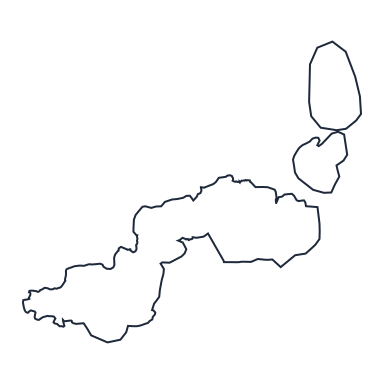 Kadavu, Fiji
{"feature_id": "14151628B61046117406534", "entity_name": "Kadavu", "entity_type": "district", "adm_level": 2, "iso_a3": "FJI", "parent_name": "Fiji", "parent_adm1": "", "projection": "natural_earth1", "projection_center": [178.202, -18.951], "detail": "fine", "context": "isolated", "style": "outline", "palette": "slate", "viewbox_px": 384, "rotation_deg": 0, "n_neighbors": 0, "source": "geoboundaries", "source_scale": "gbopen_adm2", "svg_char_len": 4493}
<svg xmlns="http://www.w3.org/2000/svg" viewBox="0 0 384 384"><path d="M234.4,181.6L232.6,180.7L233.1,179.6L233.0,178.4L232.8,177.6L232.3,177.1L231.9,176.0L230.6,175.5L229.7,175.2L228.7,175.5L227.6,175.5L227.0,175.8L226.2,176.7L224.0,177.1L218.8,177.8L216.0,181.9L213.4,184.0L204.7,187.4L204.3,187.7L200.9,187.2L200.9,188.2L201.4,189.5L201.3,191.2L200.4,193.1L197.8,194.2L196.9,196.6L194.0,199.8L193.3,200.5L191.7,198.1L189.8,195.7L186.3,195.9L183.2,197.8L177.3,199.0L172.0,199.5L164.9,201.9L161.2,206.3L156.1,206.5L151.3,207.9L145.3,206.3L142.4,206.8L138.2,211.8L135.6,215.0L133.9,219.7L133.5,228.0L133.4,231.7L136.3,235.1L137.2,235.3L136.9,235.8L136.9,236.3L137.4,238.5L137.0,241.0L137.2,241.6L137.4,242.7L137.0,244.0L136.2,244.8L136.1,245.9L136.4,246.2L136.4,247.3L136.5,249.2L135.4,251.3L133.2,252.3L132.6,252.0L130.4,250.4L130.4,249.3L130.0,249.2L129.2,249.7L128.2,249.6L127.6,249.8L127.0,249.3L126.4,249.3L125.6,248.8L121.0,246.9L119.1,248.1L118.7,248.9L118.7,250.0L118.4,250.2L118.4,250.8L117.7,251.2L115.2,254.4L114.1,257.7L114.4,265.0L113.3,267.4L110.4,269.0L106.6,268.7L103.5,266.7L102.5,264.6L100.9,264.0L100.0,263.7L96.4,264.1L91.8,264.5L89.5,264.2L87.0,264.8L86.4,265.1L83.9,265.8L82.0,265.7L80.2,265.6L79.4,265.6L74.8,266.2L73.2,266.7L71.7,267.3L70.4,267.7L67.1,268.9L66.3,269.7L65.9,271.0L66.0,272.5L65.9,275.4L65.8,276.0L65.1,278.9L65.0,280.9L65.2,281.0L64.1,282.5L63.7,283.4L63.2,283.9L63.0,284.3L62.8,284.5L62.2,285.5L61.9,285.8L61.1,286.9L60.3,287.4L60.0,287.5L59.7,287.8L58.6,287.9L57.6,288.3L56.9,288.7L56.3,288.7L54.7,288.3L54.3,288.4L53.2,289.1L52.9,289.1L52.3,289.3L49.8,289.3L48.0,288.4L46.9,288.1L45.0,287.8L44.1,288.1L42.9,289.0L42.4,289.3L41.7,289.5L41.3,289.8L41.1,289.8L40.1,290.2L39.8,290.8L39.4,291.2L38.9,291.5L38.3,291.7L38.0,291.9L36.0,291.1L35.4,291.0L33.7,290.8L31.9,290.6L30.7,290.7L29.6,290.9L29.3,291.1L29.3,291.5L29.1,292.2L29.5,292.2L29.9,292.5L30.3,293.0L30.4,293.9L30.3,295.0L29.7,296.2L29.5,296.5L29.4,296.8L28.8,297.9L28.8,298.3L29.1,298.4L29.4,298.7L29.4,298.9L27.5,299.4L24.9,299.8L23.3,300.1L23.1,301.4L23.0,302.7L23.6,306.2L24.0,307.9L24.6,309.9L25.5,311.6L26.3,312.3L27.9,312.8L29.0,311.6L30.8,310.4L34.7,311.5L35.5,312.5L35.0,314.9L34.6,317.1L35.1,318.6L37.0,319.6L38.9,319.9L42.6,317.3L47.4,315.9L49.0,316.2L50.4,316.2L52.6,316.3L54.0,316.7L55.4,318.5L54.3,320.4L53.5,322.3L54.6,323.4L57.2,324.0L58.5,325.3L59.6,326.2L61.7,326.2L63.5,326.7L64.4,325.9L63.7,323.5L62.9,320.0L62.9,319.8L64.2,321.3L71.0,320.5L71.8,321.0L72.0,322.4L73.5,323.3L76.4,323.9L79.3,323.6L81.6,323.4L83.7,323.3L87.0,328.3L91.2,335.4L107.5,342.4L120.4,339.7L126.2,332.3L128.0,325.9L133.2,326.2L136.9,326.2L140.5,325.5L148.2,322.8L149.4,321.2L152.3,319.4L152.8,316.9L155.0,314.3L155.3,312.5L153.4,310.4L152.1,310.1L154.1,303.6L156.5,300.6L159.2,296.9L159.9,289.9L161.7,280.2L163.4,274.0L163.9,269.0L160.6,263.6L162.4,262.4L169.6,262.7L181.6,256.4L184.7,253.3L186.3,249.2L182.8,242.5L178.2,240.6L179.7,240.0L182.6,237.8L185.5,239.0L185.8,239.4L186.4,239.4L187.3,238.9L187.9,239.0L188.3,239.4L188.6,240.1L189.1,240.1L189.6,239.6L190.1,239.2L191.1,239.2L191.9,239.1L192.6,238.3L192.6,237.2L196.7,237.8L203.7,236.6L208.0,233.5L223.6,260.7L223.9,262.1L238.4,262.2L242.0,261.7L247.2,261.8L251.0,261.9L257.8,259.0L264.8,259.7L267.9,259.8L272.4,259.5L280.7,267.1L295.2,255.2L305.6,253.6L310.8,249.0L315.3,244.8L319.5,239.0L319.7,231.3L319.5,223.6L317.5,207.1L306.0,206.2L305.3,202.4L304.0,200.4L302.4,200.5L298.6,201.1L296.6,200.2L294.0,195.7L291.9,193.8L284.5,194.5L282.1,196.6L278.7,197.2L276.0,203.6L276.0,202.1L275.8,199.6L276.6,197.9L275.7,191.7L274.7,189.7L272.3,188.8L267.6,187.2L263.3,187.0L255.5,187.1L251.0,182.3L250.2,182.0L249.9,180.5L248.0,180.2L247.2,180.2L246.5,180.5L245.7,180.0L245.0,180.2L244.7,180.6L243.6,180.5L242.4,180.8L241.5,180.7L240.5,181.9L239.9,181.9L239.5,181.5L239.5,182.4L239.1,182.1L238.3,181.9L237.3,182.0L236.7,181.5L236.1,181.4L235.1,181.8L234.4,181.6ZM346.0,128.8L356.2,120.5L361.0,114.0L359.9,96.3L355.2,76.7L345.7,51.7L332.4,41.6L317.3,47.7L310.0,64.3L309.1,101.7L311.2,116.2L320.7,127.7L336.7,130.2L346.0,128.8ZM344.1,134.5L338.1,131.8L331.7,133.6L322.0,143.8L318.8,146.1L317.3,145.2L319.6,140.6L318.3,137.8L315.6,137.6L312.4,138.7L309.7,141.6L306.0,143.5L302.6,145.1L300.4,146.8L298.8,148.4L296.1,152.6L294.1,156.2L293.0,159.7L294.0,165.6L295.0,172.5L298.4,178.3L313.1,189.8L323.9,192.8L331.3,192.5L335.0,184.3L339.3,176.6L337.4,169.4L336.5,165.4L343.5,160.6L347.2,154.8L344.1,134.5Z" fill="none" stroke="#1e293b" stroke-width="2"/></svg>